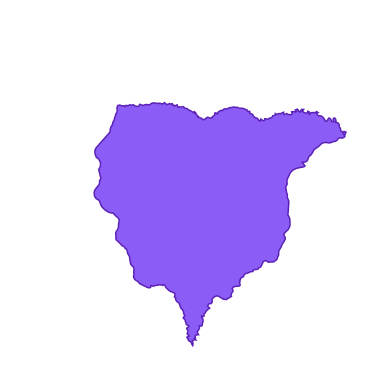 outline of Canabrava do Norte, Mato Grosso, Brazil, rotated 119°
{"feature_id": "56859067B45377841308252", "entity_name": "Canabrava do Norte", "entity_type": "district", "adm_level": 2, "iso_a3": "BRA", "parent_name": "Brazil", "parent_adm1": "Mato Grosso", "projection": "robinson", "projection_center": [-51.832, -11.229], "detail": "fine", "context": "isolated", "style": "filled", "palette": "violet", "viewbox_px": 384, "rotation_deg": 119, "n_neighbors": 0, "source": "geoboundaries", "source_scale": "gbopen_adm2", "svg_char_len": 5989}
<svg xmlns="http://www.w3.org/2000/svg" viewBox="0 0 384 384"><g transform="rotate(119 192 192)"><path d="M325.9,117.0L324.3,117.4L322.1,119.5L320.1,118.3L319.6,117.0L319.0,118.9L318.0,118.1L316.8,119.5L314.8,118.9L313.7,117.1L312.2,119.3L311.2,119.6L308.6,119.3L307.4,119.5L305.5,120.7L304.7,118.8L303.5,118.4L302.1,119.2L300.6,119.3L298.4,120.4L297.7,121.3L297.1,122.7L295.8,123.5L295.8,122.0L294.5,121.3L293.1,122.4L291.8,121.9L289.6,121.9L286.8,121.1L285.0,120.2L284.2,123.1L282.1,123.1L281.3,122.6L280.4,121.2L278.9,120.9L277.6,121.5L276.7,122.3L274.6,122.3L272.8,121.6L271.4,120.5L270.7,119.7L270.2,118.1L270.5,115.4L270.3,114.1L270.7,113.1L269.4,109.7L267.8,109.2L266.3,108.0L264.1,106.9L263.4,108.0L260.7,108.3L259.3,107.9L257.7,108.9L256.9,110.1L254.7,109.6L253.8,108.4L252.9,107.9L252.5,106.5L251.3,105.0L250.0,104.7L248.6,106.3L247.3,106.5L246.2,107.6L245.4,107.0L244.5,107.6L243.1,107.3L241.0,105.9L239.8,106.3L238.5,106.0L237.1,105.4L235.9,103.9L233.8,102.5L233.1,101.8L232.1,100.3L230.2,100.3L229.1,99.1L228.0,97.4L227.0,96.7L225.9,96.9L224.8,95.9L223.9,95.5L218.8,95.9L217.3,95.3L216.2,94.0L216.4,91.0L215.1,89.5L214.3,87.7L213.5,86.7L210.4,85.2L209.2,85.1L207.0,85.6L205.4,85.6L201.5,87.5L196.5,87.4L193.8,87.8L190.4,87.5L187.9,87.6L186.5,88.5L185.3,90.6L184.0,91.4L178.1,89.7L176.2,89.7L173.7,90.1L169.9,92.2L167.8,93.8L166.1,95.9L165.4,97.2L163.5,97.9L153.9,102.4L152.9,103.1L150.8,105.7L149.7,106.6L148.1,107.3L146.2,109.4L144.4,110.6L143.4,111.6L142.4,112.4L139.1,112.6L138.1,113.1L136.4,114.3L135.1,114.9L127.9,115.3L126.1,115.0L124.0,114.4L120.9,112.3L119.0,110.3L115.8,106.4L114.4,105.8L112.6,110.0L110.7,107.3L109.4,106.5L108.0,106.4L104.9,106.9L103.9,106.7L101.6,105.9L98.6,105.7L96.6,105.8L94.8,105.4L91.4,103.6L86.8,102.1L85.6,101.3L84.5,100.1L83.6,98.5L82.4,95.4L79.2,92.6L78.1,91.1L76.4,90.2L74.2,89.9L73.0,89.2L72.2,86.9L70.9,85.8L69.6,85.2L68.8,85.5L68.1,87.3L67.6,86.1L65.0,86.3L65.3,88.4L66.9,88.8L66.3,90.2L66.4,91.4L65.7,92.2L64.7,92.8L63.1,95.2L61.6,96.0L60.8,97.9L61.3,100.0L60.0,100.5L58.7,101.7L58.1,103.2L58.8,103.9L60.1,103.8L60.8,103.1L61.6,102.0L62.7,103.7L60.7,106.7L61.1,108.3L62.7,108.4L64.1,108.0L65.5,109.9L64.5,110.8L63.7,112.2L63.0,114.5L62.9,115.6L63.1,116.7L63.9,118.2L63.9,119.4L62.6,121.2L61.4,120.3L61.3,122.1L63.1,122.8L63.6,124.5L64.4,125.3L64.9,126.4L66.4,126.6L67.2,127.2L65.2,128.3L65.2,129.8L66.8,129.5L67.9,130.8L68.2,132.2L68.0,133.6L67.8,134.7L65.7,134.4L66.4,136.0L68.0,136.4L69.8,136.1L69.6,137.9L68.8,138.7L68.5,140.2L70.2,141.4L70.7,139.8L71.7,140.1L72.6,142.4L73.6,143.7L74.4,142.5L76.5,142.7L77.6,145.8L77.5,147.2L79.2,148.4L79.5,149.4L77.8,150.5L78.8,151.4L80.7,152.6L81.0,153.7L83.1,155.7L83.0,157.1L84.1,156.5L85.3,157.3L86.2,158.3L87.9,158.2L89.0,159.1L89.8,160.0L90.9,160.4L91.8,161.5L92.2,163.1L92.8,163.9L93.8,163.2L94.7,163.7L95.2,165.2L94.8,167.2L97.0,166.9L97.1,168.3L96.2,169.6L95.8,170.9L96.5,172.5L95.9,174.7L94.7,176.8L95.2,179.5L93.9,180.1L93.6,181.2L94.6,181.7L94.3,182.8L93.6,183.5L94.0,187.5L94.7,189.3L95.6,190.8L95.9,191.8L96.0,193.6L97.0,195.2L97.3,196.6L99.3,198.9L100.1,200.1L101.2,201.0L102.4,201.5L102.9,202.9L103.6,204.0L104.7,204.6L105.8,204.6L106.5,206.1L108.9,207.7L110.3,207.8L111.4,207.7L111.2,209.6L112.1,210.4L113.5,209.5L114.9,209.9L116.2,210.7L117.6,210.6L118.7,212.4L118.9,214.4L120.0,215.3L121.4,215.7L122.1,216.3L123.3,216.9L123.4,218.4L122.8,219.2L123.2,220.2L123.2,221.7L123.8,223.2L122.8,223.2L121.7,228.1L121.1,227.1L120.5,228.8L121.8,229.7L121.6,233.3L121.9,235.0L121.5,236.6L121.8,238.0L122.3,239.3L121.5,240.6L121.9,241.6L123.0,242.7L123.6,244.3L124.7,245.3L123.0,247.3L125.4,249.1L124.8,250.2L125.4,251.1L124.3,252.0L125.4,253.3L125.5,254.4L126.5,255.1L127.8,256.6L127.1,259.4L128.6,259.9L129.6,261.1L130.0,263.6L131.0,264.2L131.4,265.8L132.1,267.2L132.8,269.1L134.8,270.9L135.8,270.9L136.7,272.0L137.6,274.4L138.3,275.3L139.7,276.4L140.4,278.3L140.4,279.9L141.6,280.2L142.8,280.2L143.6,281.1L144.6,284.4L144.0,285.5L145.5,287.0L145.8,288.6L147.1,289.4L147.9,290.4L148.1,291.6L149.5,291.7L149.4,293.2L150.0,293.9L150.8,295.4L150.8,296.6L151.3,297.8L152.1,298.7L153.1,298.9L155.0,298.3L157.7,296.5L159.3,296.3L160.8,296.5L162.5,295.9L164.3,295.7L166.2,295.1L169.8,294.9L172.2,294.2L174.3,294.5L176.3,294.1L179.5,292.8L199.8,297.3L202.6,297.1L205.4,295.5L207.7,293.0L208.2,291.9L208.2,289.9L210.7,286.2L214.2,284.5L217.6,284.5L220.0,282.3L221.1,281.0L222.0,280.6L223.6,278.7L224.7,278.2L226.6,278.4L229.0,277.2L230.3,276.9L231.4,277.0L234.7,277.6L238.0,277.9L240.1,277.2L241.2,276.6L242.8,275.2L243.5,274.3L244.0,273.3L244.3,271.9L244.3,269.9L244.8,268.4L247.8,265.1L248.9,263.0L249.8,259.7L250.1,257.0L250.0,254.4L249.3,252.2L248.7,250.7L249.8,247.5L250.5,244.1L250.9,243.1L252.3,241.8L255.5,240.8L258.7,239.1L261.0,238.9L263.4,239.1L264.7,238.9L265.8,238.3L267.1,237.3L269.6,236.1L270.7,234.9L270.9,233.3L271.4,231.8L272.1,229.2L272.8,227.5L272.7,225.0L273.7,223.2L274.0,221.2L274.6,220.3L276.2,219.2L277.2,218.0L278.4,216.0L279.2,215.0L281.4,213.6L282.1,212.8L283.9,211.5L284.9,210.4L285.4,209.5L286.0,207.0L286.6,206.1L287.9,205.2L290.6,204.0L291.9,203.0L294.6,202.0L295.3,201.2L296.2,199.6L296.5,198.0L296.5,196.7L296.6,195.6L297.3,194.1L297.6,192.5L297.3,190.3L297.4,188.3L297.0,186.9L297.3,185.5L296.7,183.3L296.0,182.2L295.1,182.0L293.8,182.7L293.1,180.2L290.4,177.4L289.8,176.2L288.8,175.6L287.8,172.2L286.8,172.0L286.7,170.7L288.2,168.4L288.8,166.5L289.2,164.6L289.5,162.4L288.9,160.4L289.2,157.6L290.7,156.8L292.3,156.5L292.3,155.3L293.7,154.4L294.5,153.4L295.0,152.4L295.4,149.7L296.2,148.8L296.7,147.7L297.7,147.1L299.2,144.9L299.5,143.6L301.0,141.0L302.0,140.8L303.9,138.2L305.5,138.7L306.6,138.5L306.9,136.6L307.9,135.4L308.7,134.8L309.4,133.7L310.5,133.0L310.7,131.9L310.6,130.7L310.9,129.5L312.1,129.8L313.1,130.5L314.2,130.4L314.9,128.7L315.9,128.0L318.5,127.4L318.8,125.4L319.5,124.7L320.7,126.0L321.9,125.8L322.2,124.5L323.2,123.6L323.7,122.4L323.7,120.3L324.2,119.4L325.0,118.6L325.9,117.0Z" fill="#8b5cf6" stroke="#5b21b6" stroke-width="1.5"/></g></svg>